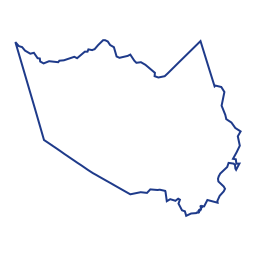 the district of Harris, Texas, United States of America
{"feature_id": "52423323B68186618035588", "entity_name": "Harris", "entity_type": "district", "adm_level": 2, "iso_a3": "USA", "parent_name": "United States of America", "parent_adm1": "Texas", "projection": "natural_earth1", "projection_center": [-95.269, 29.834], "detail": "fine", "context": "isolated", "style": "outline", "palette": "blue", "viewbox_px": 256, "rotation_deg": 0, "n_neighbors": 0, "source": "geoboundaries", "source_scale": "gbopen_adm2", "svg_char_len": 2020}
<svg xmlns="http://www.w3.org/2000/svg" viewBox="0 0 256 256"><path d="M49.1,61.2L43.6,63.4L40.2,61.5L39.8,58.5L37.6,58.2L33.9,52.8L30.3,53.7L25.0,50.6L22.1,47.1L18.8,46.1L15.4,42.1L34.9,108.5L44.0,140.0L47.0,142.0L60.1,150.9L64.6,154.1L73.6,160.2L73.9,160.4L77.4,162.8L81.4,165.4L87.9,169.9L93.0,173.2L93.2,173.3L96.3,175.0L98.7,176.4L125.5,191.6L130.3,194.3L140.7,192.2L147.0,192.9L150.3,189.4L157.5,190.0L159.8,189.7L165.2,190.9L165.5,191.8L166.8,201.2L170.2,199.2L174.9,200.6L175.4,200.8L178.2,198.7L179.9,199.7L178.5,203.6L182.0,210.3L184.9,211.3L186.2,215.8L191.1,213.5L196.2,213.1L196.5,212.9L196.7,212.6L196.9,212.5L197.2,212.4L197.6,212.5L197.8,212.7L198.1,212.7L198.5,212.6L198.8,212.5L198.9,212.4L199.0,212.3L199.0,212.0L198.8,211.5L198.6,211.1L198.5,210.9L198.7,210.7L199.1,210.6L199.2,210.3L199.1,210.0L199.2,209.8L199.5,209.6L199.8,209.8L199.9,210.0L200.0,210.4L200.2,210.5L200.4,210.4L200.5,209.9L200.6,209.7L201.0,209.3L201.2,208.6L201.2,208.3L200.9,207.9L200.9,207.6L200.9,207.2L200.6,206.7L200.5,206.4L200.6,206.1L201.1,205.9L201.6,206.4L201.8,206.6L201.8,207.0L202.0,207.1L202.4,206.9L202.7,206.6L202.8,206.2L203.5,206.4L204.1,206.4L207.4,200.0L217.6,202.7L217.4,201.0L217.4,200.9L217.8,200.0L219.7,195.8L223.7,191.4L225.0,188.8L223.7,186.5L218.4,181.5L218.0,178.8L218.8,176.1L219.0,175.9L220.2,173.6L225.6,168.5L227.2,167.0L228.6,162.9L233.6,163.6L235.0,164.9L235.4,168.6L236.1,169.8L239.4,163.6L236.4,163.7L235.8,159.3L233.0,158.8L236.6,152.3L239.8,145.7L237.8,136.3L240.6,131.4L235.3,128.0L231.4,122.5L226.3,119.2L225.3,114.9L221.6,105.7L224.4,92.0L221.3,87.0L215.5,85.6L214.6,86.4L209.1,68.8L200.5,41.1L179.3,61.9L167.7,73.4L164.7,76.2L158.4,77.5L154.6,76.2L154.9,72.8L145.4,64.8L140.9,62.2L136.4,62.8L134.3,60.7L130.3,54.6L127.7,55.9L119.5,57.8L116.6,56.5L113.9,47.2L110.1,45.0L107.8,41.5L105.1,40.2L103.1,40.2L98.1,45.1L94.6,49.2L93.3,49.6L92.2,50.1L88.4,49.4L87.5,51.7L84.8,51.7L77.1,58.2L74.3,56.8L63.9,60.3L59.4,60.7L58.2,62.2L49.1,61.2Z" fill="none" stroke="#1e3a8a" stroke-width="2"/></svg>